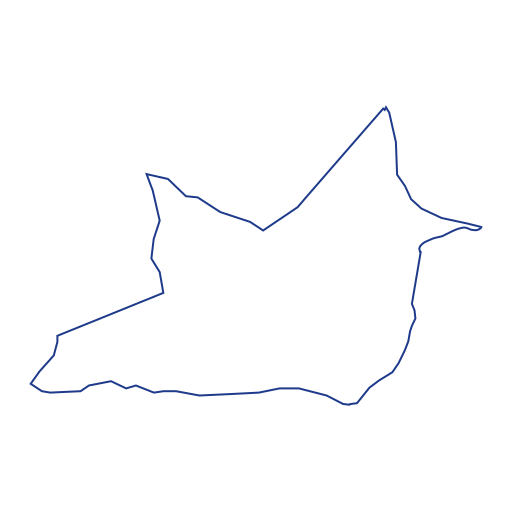 outline of Mal Maison, Soufrière, Saint Lucia
{"feature_id": "8701671B16128625192304", "entity_name": "Mal Maison", "entity_type": "district", "adm_level": 2, "iso_a3": "LCA", "parent_name": "Saint Lucia", "parent_adm1": "Soufrière", "projection": "albers", "projection_center": [-61.046, 13.875], "detail": "fine", "context": "isolated", "style": "outline", "palette": "blue", "viewbox_px": 512, "rotation_deg": 0, "n_neighbors": 0, "source": "geoboundaries", "source_scale": "gbopen_adm2", "svg_char_len": 1579}
<svg xmlns="http://www.w3.org/2000/svg" viewBox="0 0 512 512"><path d="M386.0,107.3L384.7,109.9L383.2,108.6L344.9,152.6L306.0,197.4L304.2,199.5L297.6,207.2L263.1,230.5L260.0,228.4L250.1,221.9L220.3,212.1L197.7,197.4L185.9,196.2L168.0,179.0L146.6,174.1L151.5,187.3L152.6,190.0L155.0,200.3L159.7,220.7L153.7,239.0L152.1,252.3L151.4,258.6L159.7,272.1L161.6,283.0L163.3,292.9L65.0,332.7L57.4,335.8L57.4,341.9L56.4,345.6L53.8,355.4L39.6,371.3L33.6,379.7L30.7,383.8L41.9,391.2L50.2,392.6L80.6,391.2L88.9,385.5L111.0,381.2L126.2,388.4L135.9,385.5L153.9,392.6L163.5,391.2L176.0,391.2L199.4,395.5L229.8,394.1L258.9,392.6L279.6,388.4L298.9,388.4L326.6,395.5L343.1,404.0L349.5,404.7L350.0,404.1L357.0,403.2L369.4,387.7L379.1,380.4L392.4,372.2L398.6,363.1L404.8,350.4L408.3,341.3L410.1,331.2L411.9,325.8L415.4,318.5L414.5,310.3L411.9,303.9L420.7,252.0L420.0,251.7L419.7,250.3L419.4,249.5L419.3,248.8L419.4,248.3L419.7,247.2L420.2,246.1L422.1,244.1L423.7,242.8L425.9,241.6L429.3,240.1L433.0,238.5L436.6,237.5L439.3,236.9L442.6,236.1L444.6,235.0L445.4,234.6L447.1,233.8L449.4,232.6L452.5,231.1L453.6,230.6L456.0,229.6L458.4,228.7L460.1,228.3L461.2,228.0L461.9,227.8L463.1,227.6L464.6,227.6L465.7,227.7L466.6,228.0L467.7,228.3L468.4,228.6L469.7,229.2L470.8,229.6L472.1,229.9L473.2,230.0L474.0,230.1L474.9,230.2L475.8,230.2L476.7,230.1L477.5,229.9L478.4,229.6L479.2,229.2L479.8,228.8L480.4,228.4L481.0,227.7L481.3,227.1L480.5,226.8L467.7,223.6L441.6,218.0L421.5,208.6L411.1,199.2L405.0,186.0L397.1,174.7L395.9,142.1L389.2,112.6L386.0,107.3Z" fill="none" stroke="#1e3a8a" stroke-width="2"/></svg>